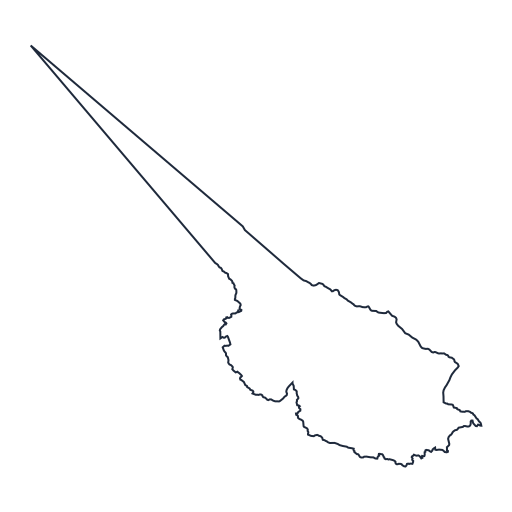 the district of Runyenjes, Eastern, Kenya
{"feature_id": "3690345B92144089270932", "entity_name": "Runyenjes", "entity_type": "district", "adm_level": 2, "iso_a3": "KEN", "parent_name": "Kenya", "parent_adm1": "Eastern", "projection": "orthographic", "projection_center": [37.591, -0.339], "detail": "fine", "context": "isolated", "style": "outline", "palette": "slate", "viewbox_px": 512, "rotation_deg": 0, "n_neighbors": 0, "source": "geoboundaries", "source_scale": "gbopen_adm2", "svg_char_len": 6125}
<svg xmlns="http://www.w3.org/2000/svg" viewBox="0 0 512 512"><path d="M354.4,452.1L356.9,454.1L357.8,454.1L358.5,454.6L359.9,456.9L361.2,457.5L363.2,457.4L364.1,456.7L366.4,456.6L370.6,457.3L373.5,457.4L374.7,458.2L376.0,458.6L377.3,458.6L377.6,457.2L378.4,456.1L379.1,455.7L378.7,454.9L378.9,453.9L379.8,453.8L380.8,454.1L382.3,454.3L383.1,455.3L383.6,456.8L384.3,457.4L384.5,458.5L385.6,459.2L387.3,459.0L388.4,459.5L389.4,459.2L392.9,460.1L394.1,460.6L394.9,461.1L395.5,461.8L395.4,462.7L395.8,463.6L396.6,464.2L397.8,464.2L398.7,463.8L400.6,463.9L401.6,464.2L402.3,465.2L404.1,466.3L405.5,466.5L406.4,465.5L407.0,463.9L408.2,463.6L409.1,464.0L410.1,463.6L412.4,463.8L413.1,462.0L413.2,460.9L412.5,460.4L412.2,459.5L412.6,458.5L411.7,457.1L412.1,456.3L413.2,455.7L413.9,454.7L415.2,455.3L416.6,455.7L418.3,455.4L419.3,455.9L420.2,456.8L421.3,458.4L422.2,457.9L421.5,457.0L422.1,455.9L423.3,456.3L424.3,456.1L424.7,454.8L424.6,452.2L425.4,451.8L425.4,450.4L426.2,449.9L428.8,450.3L429.6,451.1L431.1,451.9L432.4,450.5L432.6,449.5L433.8,448.4L435.1,447.6L435.3,449.7L436.4,450.0L439.0,449.6L442.2,449.9L443.4,450.6L444.7,452.0L446.7,452.3L447.9,451.8L447.9,450.9L446.9,450.3L447.0,449.1L446.9,447.2L447.7,446.5L449.1,445.1L449.3,443.9L448.1,438.9L448.6,437.1L450.0,435.3L451.1,434.7L452.1,433.3L452.5,432.4L453.4,431.4L455.1,430.2L456.8,429.9L457.8,428.9L458.6,427.7L462.9,426.9L463.7,426.1L465.0,426.0L467.2,426.5L468.4,426.5L469.4,426.2L470.0,425.6L470.5,424.7L470.7,423.6L470.7,421.4L471.4,420.5L472.5,420.5L473.0,422.7L473.4,423.5L475.7,426.0L476.9,426.2L478.1,424.6L479.1,425.0L480.2,425.6L481.3,425.7L481.0,424.1L480.4,422.6L479.0,421.4L477.6,419.1L476.6,418.5L474.5,415.3L473.3,414.5L473.0,413.6L472.1,413.0L471.1,412.8L470.3,412.0L468.3,411.2L465.9,411.2L464.8,411.8L462.1,411.7L460.4,411.4L459.6,410.0L458.3,409.6L457.2,409.1L456.8,408.1L453.8,407.5L453.1,405.5L452.7,404.8L451.6,404.5L448.2,404.3L447.3,403.6L446.2,403.6L443.6,402.3L443.5,396.4L443.2,392.6L443.6,390.3L445.0,387.4L446.5,385.3L449.4,380.1L450.4,377.4L451.9,374.4L455.1,370.2L457.8,367.5L458.7,366.1L457.8,364.0L456.8,363.2L455.0,362.1L454.5,361.3L454.4,360.3L453.8,359.2L452.5,358.3L451.8,357.7L449.4,357.3L448.5,356.7L448.2,355.8L447.5,355.1L446.1,354.8L444.1,353.4L441.9,353.5L441.0,353.3L439.7,353.5L438.3,353.4L435.5,352.1L434.5,352.0L433.2,352.5L431.7,352.0L429.3,349.5L427.9,348.8L425.6,348.9L423.0,348.3L422.1,348.0L420.7,346.5L418.3,341.8L416.7,340.1L415.8,339.4L412.3,337.6L408.7,334.6L405.2,333.2L402.1,329.0L398.1,325.7L396.6,323.7L396.1,322.3L396.6,319.4L396.1,318.0L395.3,317.2L394.4,316.6L392.1,315.8L388.3,311.4L387.2,311.8L386.1,313.0L385.1,313.1L383.2,313.1L378.8,312.6L377.8,312.2L376.2,311.0L372.0,310.8L371.1,310.4L370.4,309.7L369.0,307.2L368.4,306.4L367.4,306.5L366.2,307.2L364.8,307.3L362.5,307.1L360.5,306.4L359.3,306.2L356.8,306.4L355.2,305.9L354.2,305.2L353.5,304.2L352.8,303.9L350.8,302.3L347.8,300.6L346.6,299.3L345.1,298.5L344.1,297.9L343.4,297.2L340.0,295.1L339.3,294.5L339.0,292.6L338.6,291.5L337.7,290.2L336.7,289.9L335.4,289.9L334.2,290.3L332.9,291.2L331.9,291.3L330.3,289.4L327.6,287.9L325.9,286.8L324.4,286.2L323.3,284.6L322.4,283.9L319.0,283.0L316.3,284.9L315.2,285.3L313.6,285.6L311.7,285.1L310.9,284.0L309.4,282.8L308.6,282.5L306.2,281.1L303.6,280.4L300.7,278.3L283.9,264.0L244.9,230.1L242.8,226.4L30.7,45.5L215.2,263.0L217.0,264.1L218.0,265.0L218.6,266.2L219.5,267.4L220.8,267.8L221.6,268.8L222.5,271.0L223.8,271.5L225.3,272.8L226.4,273.0L228.0,274.1L228.1,276.2L229.2,278.8L230.4,279.3L232.0,280.9L232.4,281.8L232.4,282.8L233.5,283.3L233.9,284.4L234.6,285.5L234.4,286.6L234.5,287.7L235.2,288.9L236.1,289.4L236.3,290.2L236.4,292.3L236.2,293.5L235.7,294.4L235.4,295.4L235.3,298.0L234.9,298.9L234.9,299.9L237.4,301.0L240.3,303.6L240.7,305.0L240.0,306.4L239.6,308.1L239.6,309.3L240.6,309.5L241.4,310.0L241.2,310.9L238.9,312.0L238.1,310.9L237.5,312.3L236.6,312.5L235.5,313.4L232.8,313.5L231.9,313.8L231.1,314.5L231.4,315.7L231.3,316.8L229.2,317.9L227.8,317.9L227.3,317.2L226.3,317.4L226.1,318.5L224.9,319.1L223.8,319.4L223.2,320.4L224.7,322.1L225.8,322.6L226.4,323.4L225.7,324.5L224.7,324.2L223.9,325.0L223.2,326.1L221.9,327.1L220.1,329.3L219.8,330.5L220.3,331.5L220.4,338.4L222.4,337.0L224.0,337.8L225.0,337.5L226.0,336.5L227.3,336.0L227.9,336.8L230.0,342.6L230.4,344.4L228.4,345.8L227.2,345.6L225.7,345.9L224.5,345.7L222.7,347.3L223.9,350.6L224.9,352.0L225.6,352.6L226.0,353.6L226.0,355.2L226.7,356.3L227.8,357.2L228.5,360.2L228.2,362.5L228.7,363.5L229.5,364.5L231.0,365.1L232.6,366.7L232.8,367.6L232.3,369.2L233.4,370.5L235.7,372.4L237.5,371.7L238.1,372.4L239.1,373.0L241.2,375.0L241.9,376.0L241.1,376.9L240.3,377.4L240.0,378.5L240.4,379.7L241.2,379.9L242.0,380.5L243.9,382.0L245.3,385.1L246.9,385.9L247.2,387.1L249.0,388.1L249.7,388.6L250.3,389.8L252.6,390.6L253.3,391.4L253.3,392.3L252.5,393.5L255.9,394.8L257.0,394.7L258.6,394.9L260.0,394.4L261.3,394.6L262.3,395.3L262.6,396.3L263.3,397.2L265.0,397.6L266.3,398.7L267.3,399.8L268.4,400.1L269.6,399.4L271.1,399.4L273.3,400.7L275.1,401.3L279.2,401.4L280.1,400.9L282.1,399.3L283.2,398.4L284.2,397.1L285.1,396.3L285.9,395.9L286.8,395.0L287.0,393.4L286.5,392.5L286.3,391.4L286.6,390.0L287.4,388.3L288.1,387.3L289.2,386.0L292.5,382.6L292.5,383.5L293.7,385.9L293.9,389.4L295.4,390.0L296.7,391.3L296.7,393.5L297.0,394.4L297.2,395.6L298.1,396.8L298.4,398.1L297.8,399.0L296.9,399.9L297.0,401.2L296.5,402.3L297.2,405.2L298.7,405.4L299.7,406.2L298.9,406.9L299.1,408.0L300.4,409.2L300.3,410.7L298.7,411.7L298.0,412.3L297.6,413.3L296.0,413.5L296.2,414.8L297.3,415.3L298.0,416.1L297.9,417.1L298.2,418.1L299.6,419.1L300.8,419.5L302.7,420.7L303.2,421.7L303.6,426.2L304.3,427.1L305.3,427.4L307.2,428.5L307.8,429.7L307.6,430.9L308.2,431.8L308.3,432.8L308.0,433.7L308.0,434.6L311.1,435.9L313.8,436.2L314.9,435.4L317.2,434.9L318.4,435.4L319.1,435.9L320.0,436.0L320.9,436.4L322.2,437.7L322.8,439.8L324.6,440.2L325.6,440.9L326.8,441.3L327.5,442.0L328.5,442.5L329.9,443.0L334.6,442.9L337.8,444.0L339.6,445.1L342.8,446.0L346.8,446.7L347.7,447.4L348.5,447.7L352.2,448.3L353.7,448.7L353.5,449.7L353.8,450.7L354.5,451.2L354.4,452.1Z" fill="none" stroke="#1e293b" stroke-width="2"/></svg>